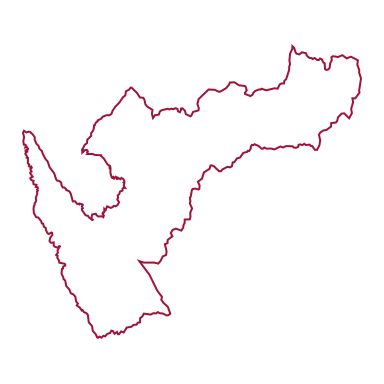 the district of Junin, Junín, Peru
{"feature_id": "86281439B69891072008043", "entity_name": "Junin", "entity_type": "district", "adm_level": 2, "iso_a3": "PER", "parent_name": "Peru", "parent_adm1": "Junín", "projection": "natural_earth1", "projection_center": [-75.905, -11.058], "detail": "fine", "context": "isolated", "style": "outline", "palette": "rose", "viewbox_px": 384, "rotation_deg": 0, "n_neighbors": 0, "source": "geoboundaries", "source_scale": "gbopen_adm2", "svg_char_len": 5855}
<svg xmlns="http://www.w3.org/2000/svg" viewBox="0 0 384 384"><path d="M351.2,108.9L353.1,102.1L352.4,98.3L355.3,98.3L359.5,92.6L359.1,90.8L361.0,78.5L359.1,72.4L359.3,70.1L357.3,64.7L357.9,60.3L350.9,56.7L346.7,58.4L342.4,55.2L338.0,57.0L333.0,56.2L331.4,57.2L331.8,60.2L330.2,63.4L329.6,67.9L328.5,69.3L326.5,70.0L325.0,69.0L324.6,63.1L323.4,62.6L321.8,59.3L320.0,58.5L318.7,60.1L317.1,59.9L314.6,58.0L312.6,59.1L311.6,58.1L309.4,57.9L306.7,55.5L306.1,53.3L302.0,52.3L299.3,54.4L296.5,53.7L295.4,52.0L294.2,47.9L292.4,46.2L292.3,48.9L290.1,53.7L289.4,60.7L290.1,64.2L289.2,66.6L289.1,70.0L286.2,79.1L284.3,80.9L284.0,83.4L281.4,83.5L279.7,84.5L277.7,88.6L274.5,88.3L266.3,90.3L261.4,88.7L260.8,89.5L258.8,89.5L255.1,91.0L253.3,92.8L252.7,94.5L250.5,96.1L245.0,93.9L244.9,92.9L246.7,90.4L245.8,87.0L244.9,86.0L239.0,85.3L234.4,82.3L229.9,82.5L229.0,84.7L226.1,88.2L220.1,91.7L218.7,91.7L214.7,89.8L208.6,89.5L198.6,99.1L197.4,104.0L198.8,108.2L198.5,110.4L193.1,111.9L191.3,115.7L190.4,116.3L185.8,114.1L184.9,110.7L182.4,108.3L181.0,108.6L181.0,110.0L179.9,112.2L178.1,111.4L177.5,109.0L175.6,108.2L173.3,109.2L171.2,108.7L169.3,109.4L167.7,108.8L161.6,110.2L159.8,111.6L158.8,114.6L155.0,115.2L153.0,118.0L151.9,113.9L152.5,109.9L147.2,106.6L145.4,104.3L144.3,99.4L143.2,97.8L140.0,97.5L136.7,92.6L131.5,87.6L130.7,87.6L129.0,89.7L125.9,91.3L125.3,95.5L123.0,97.2L119.4,102.5L115.3,106.7L112.6,110.7L111.4,114.0L109.3,115.3L106.8,115.1L102.9,116.6L100.9,118.9L97.6,120.4L97.5,121.4L95.7,122.8L94.8,125.2L94.0,125.4L93.8,128.5L93.0,130.7L91.1,133.3L91.2,135.9L87.3,139.7L87.0,143.1L84.7,144.9L82.1,149.9L82.3,152.3L83.4,150.6L83.7,151.3L84.5,150.2L86.8,149.9L87.8,151.2L87.1,152.2L87.9,153.3L87.3,154.0L92.7,154.0L94.8,154.9L101.0,155.3L100.8,155.8L103.6,158.2L107.5,164.4L110.1,166.0L110.4,167.6L109.6,167.5L109.6,168.4L110.5,169.4L110.4,172.9L111.8,177.6L113.0,178.2L112.8,177.1L113.4,176.8L114.6,178.2L115.8,176.8L116.7,177.7L117.0,179.0L117.5,179.0L117.9,177.7L120.4,179.2L121.4,177.9L123.4,179.1L124.4,181.0L124.4,182.0L123.6,182.4L124.3,183.3L123.7,185.8L125.1,187.9L123.7,187.7L122.5,188.7L122.5,190.6L120.0,191.5L119.3,194.0L117.7,195.5L118.1,197.6L117.3,199.6L119.1,202.1L117.5,205.1L115.5,206.3L113.7,205.8L112.7,207.1L110.7,207.9L107.1,206.4L105.6,210.1L104.3,208.8L104.2,212.1L103.7,212.8L102.9,212.6L102.5,213.8L103.9,215.6L103.3,217.2L101.8,216.3L98.3,216.5L96.4,215.1L95.8,213.8L92.2,214.5L91.3,218.6L92.7,219.7L92.2,220.0L88.6,217.1L87.9,215.8L85.6,215.3L82.0,210.1L81.9,208.6L82.8,208.1L81.9,206.2L82.8,205.0L82.5,204.4L79.7,203.6L79.3,204.1L79.1,203.6L77.3,204.0L75.0,201.3L72.8,201.4L70.8,193.8L69.3,191.3L66.2,190.0L66.2,189.3L64.3,187.5L62.9,187.5L61.6,185.6L61.1,182.4L59.2,181.0L57.3,180.7L56.2,179.5L54.2,173.3L49.7,167.4L47.6,161.4L45.7,159.3L42.7,153.8L41.9,151.0L39.5,148.8L38.4,145.7L36.4,143.7L34.7,139.6L34.7,137.2L33.0,134.7L30.2,132.0L28.2,131.7L26.4,132.4L24.0,130.8L23.0,132.9L24.1,137.0L23.3,141.3L23.9,144.7L25.5,144.8L25.9,145.8L25.3,147.4L26.7,146.9L28.1,148.8L27.9,149.5L26.5,149.8L27.3,151.7L26.3,152.2L25.7,151.7L25.9,153.0L25.3,153.9L27.0,156.4L26.6,157.6L28.0,157.9L27.8,163.3L29.2,164.5L28.8,166.0L29.7,166.8L31.1,166.4L31.8,167.7L30.3,169.0L31.6,171.5L30.3,172.4L30.2,173.3L32.7,176.7L30.5,177.8L30.3,178.7L31.5,180.2L33.6,180.8L33.2,182.2L33.6,184.3L36.5,184.9L35.8,186.9L37.6,187.2L37.9,188.4L37.1,189.6L37.9,190.6L37.0,191.5L37.3,193.6L35.8,197.8L36.2,200.4L35.6,202.3L34.6,203.2L34.7,204.8L33.9,206.0L33.5,208.7L33.9,213.1L36.1,217.1L38.3,217.6L41.1,221.0L41.8,223.4L43.2,223.7L43.8,226.7L45.8,228.0L45.9,230.0L47.6,233.3L48.8,234.0L51.4,232.5L52.1,232.8L52.4,234.8L50.2,237.7L49.5,240.8L49.8,241.7L51.1,242.8L53.7,242.4L53.7,245.6L54.9,246.8L57.9,247.7L59.2,246.1L59.9,246.4L57.5,250.3L57.9,252.8L55.6,255.6L56.6,255.1L57.6,255.8L57.3,257.8L58.8,260.2L59.5,262.8L64.5,263.7L65.2,264.3L65.3,265.6L63.1,266.6L63.0,268.5L62.0,268.9L61.5,273.6L63.5,277.9L63.5,279.1L65.2,280.5L66.2,286.0L69.4,289.6L70.8,293.3L73.1,294.2L75.3,296.6L76.2,301.7L77.9,303.5L76.8,305.5L79.7,307.5L81.7,310.5L82.5,310.0L83.9,312.1L86.3,313.1L87.8,314.7L88.8,322.4L92.1,326.1L92.8,331.0L95.9,334.4L97.0,337.3L97.9,337.8L99.4,336.6L101.6,337.7L103.4,335.8L105.1,336.4L107.3,333.9L110.1,333.0L111.3,330.7L112.8,330.9L114.5,333.8L116.9,331.9L118.1,334.3L119.1,334.2L121.2,331.4L123.7,332.5L126.7,327.6L131.5,326.7L133.5,324.9L136.7,324.6L137.7,322.7L140.1,322.3L140.1,318.2L142.3,316.5L143.9,313.6L150.6,314.6L153.4,313.2L156.1,313.4L157.8,312.1L159.5,313.2L162.8,313.5L166.5,315.4L168.1,315.3L170.3,313.7L167.8,306.8L163.6,303.0L161.3,299.8L162.0,296.9L157.2,290.6L149.6,275.0L139.3,261.1L143.8,262.6L154.2,262.6L158.2,263.6L160.7,260.7L162.7,256.5L166.1,254.9L166.6,251.4L164.9,244.2L167.5,243.2L167.7,239.9L172.4,236.3L170.8,233.2L172.5,230.0L175.9,228.6L181.3,230.6L183.1,227.9L183.7,224.6L184.6,223.2L184.7,219.5L189.7,219.4L190.4,217.3L190.3,212.5L192.1,208.4L189.8,203.4L190.4,201.2L189.9,197.6L190.6,196.9L192.0,189.7L192.8,188.9L195.7,188.7L198.4,189.5L199.3,189.0L199.6,185.4L197.9,181.8L202.0,178.6L203.9,172.4L209.6,168.8L210.5,165.5L211.5,165.3L214.0,166.3L219.0,171.2L221.1,171.2L222.3,169.5L227.2,166.9L230.1,167.3L231.9,166.3L232.7,162.4L234.3,162.2L236.9,158.4L240.0,157.6L243.3,152.9L247.3,151.8L247.9,150.7L249.2,151.0L250.8,148.4L250.8,146.5L251.9,144.9L253.5,145.1L254.5,144.2L258.6,146.0L261.4,148.6L262.9,148.7L264.3,147.5L266.6,148.7L271.0,148.5L274.3,149.4L280.4,146.5L282.9,147.5L286.2,146.1L292.6,146.3L293.7,147.5L296.0,147.8L298.2,146.9L298.6,144.8L300.0,144.4L302.4,145.1L304.2,143.8L305.8,145.0L309.7,144.6L310.8,146.0L312.3,146.1L314.9,149.8L317.0,149.9L319.4,145.4L320.2,140.3L319.0,134.8L320.1,132.7L323.2,130.5L326.4,130.0L331.0,126.6L331.3,123.0L335.8,122.6L337.2,121.0L338.0,117.3L341.7,113.6L344.3,113.4L349.1,118.3L351.9,113.2L351.2,108.9Z" fill="none" stroke="#9f1239" stroke-width="2"/></svg>